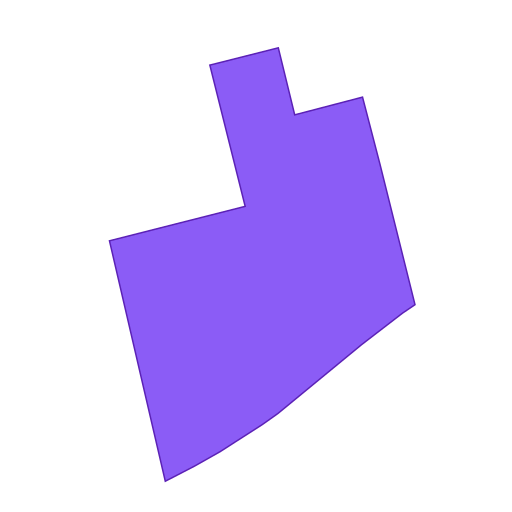 Muskegon, Michigan, United States of America (Albers equal-area conic projection), rotated 256°
{"feature_id": "52423323B98514650988046", "entity_name": "Muskegon", "entity_type": "district", "adm_level": 2, "iso_a3": "USA", "parent_name": "United States of America", "parent_adm1": "Michigan", "projection": "albers", "projection_center": [-86.217, 43.295], "detail": "fine", "context": "isolated", "style": "filled", "palette": "violet", "viewbox_px": 512, "rotation_deg": 256, "n_neighbors": 0, "source": "geoboundaries", "source_scale": "gbopen_adm2", "svg_char_len": 404}
<svg xmlns="http://www.w3.org/2000/svg" viewBox="0 0 512 512"><g transform="rotate(256 256 256)"><path d="M59.4,113.5L67.1,145.9L75.0,174.4L80.8,191.4L90.9,221.3L97.9,239.2L136.4,320.1L144.3,336.7L147.2,343.3L161.3,375.6L165.1,384.3L170.3,398.5L314.2,398.5L384.4,397.8L383.6,327.7L452.6,328.0L452.4,257.4L306.8,257.5L306.2,117.5L59.4,113.5Z" fill="#8b5cf6" stroke="#5b21b6" stroke-width="1.5"/></g></svg>